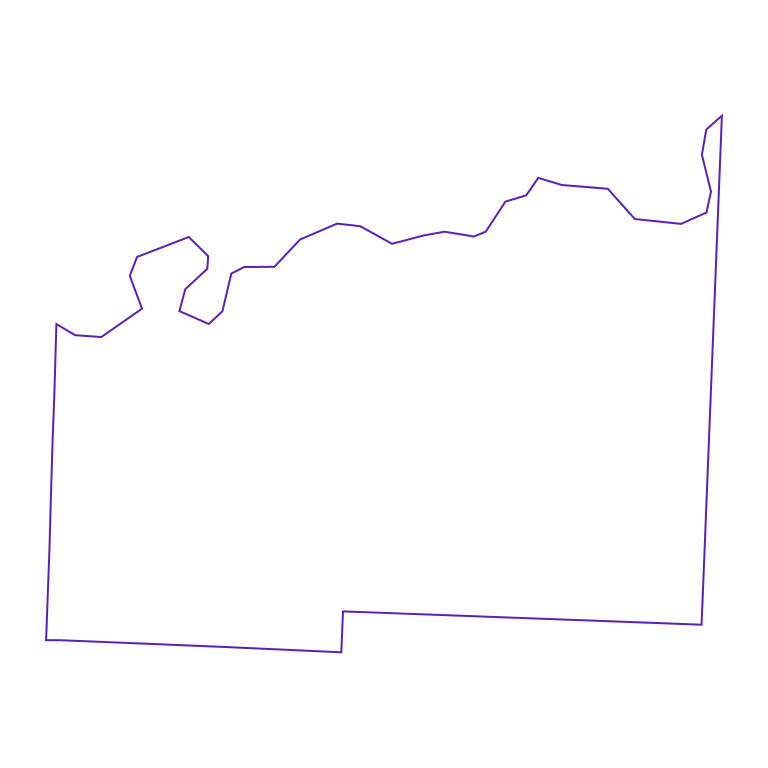 Lafayette, Missouri, United States of America
{"feature_id": "52423323B34956580820972", "entity_name": "Lafayette", "entity_type": "district", "adm_level": 2, "iso_a3": "USA", "parent_name": "United States of America", "parent_adm1": "Missouri", "projection": "equal_earth", "projection_center": [-93.837, 39.101], "detail": "fine", "context": "isolated", "style": "outline", "palette": "violet", "viewbox_px": 768, "rotation_deg": 0, "n_neighbors": 0, "source": "geoboundaries", "source_scale": "gbopen_adm2", "svg_char_len": 717}
<svg xmlns="http://www.w3.org/2000/svg" viewBox="0 0 768 768"><path d="M702.4,604.5L721.9,115.7L706.3,129.5L701.9,154.7L711.0,191.7L706.5,212.5L680.9,223.9L634.8,219.0L607.8,188.8L561.8,185.0L538.3,177.9L526.2,195.3L505.4,201.6L485.7,231.7L474.0,236.5L444.5,231.7L423.9,235.4L392.0,243.8L360.2,226.2L337.2,223.6L300.0,239.5L274.4,266.8L244.2,267.0L231.3,273.6L222.4,311.3L208.8,324.0L179.4,311.1L185.3,289.2L207.3,268.8L208.2,256.2L188.8,237.0L137.1,256.9L129.8,275.8L142.0,308.7L101.3,337.0L75.2,335.2L56.4,324.1L54.3,396.4L52.7,437.5L50.7,503.6L50.1,526.8L50.0,528.3L49.6,544.7L46.1,640.2L60.3,640.2L227.2,647.1L341.3,652.3L343.0,611.4L701.5,624.7L702.4,604.5Z" fill="none" stroke="#5b21b6" stroke-width="2"/></svg>